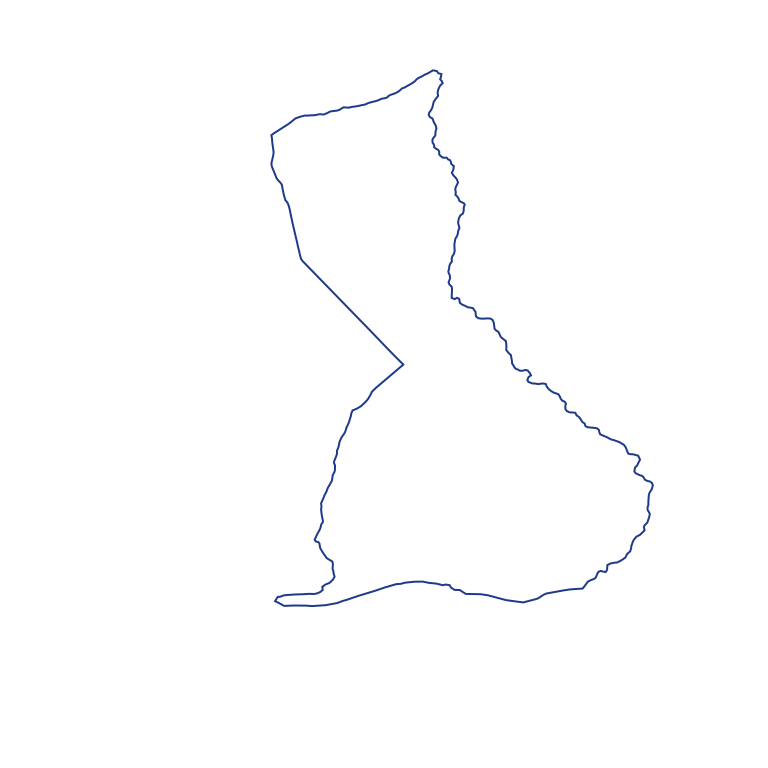 outline of Bataguassu, Mato Grosso do Sul, Brazil, rotated 61°
{"feature_id": "56859067B16136345654597", "entity_name": "Bataguassu", "entity_type": "district", "adm_level": 2, "iso_a3": "BRA", "parent_name": "Brazil", "parent_adm1": "Mato Grosso do Sul", "projection": "equal_earth", "projection_center": [-52.609, -21.865], "detail": "fine", "context": "isolated", "style": "outline", "palette": "blue", "viewbox_px": 768, "rotation_deg": 61, "n_neighbors": 0, "source": "geoboundaries", "source_scale": "gbopen_adm2", "svg_char_len": 6009}
<svg xmlns="http://www.w3.org/2000/svg" viewBox="0 0 768 768"><g transform="rotate(61 384 384)"><path d="M659.2,309.4L657.9,306.4L656.9,304.0L655.7,301.6L655.8,297.9L656.3,295.4L656.1,293.0L654.7,291.0L653.3,289.3L652.3,287.6L652.5,285.1L654.3,283.3L655.9,281.3L654.7,279.0L653.0,277.9L650.7,276.5L650.8,272.8L651.9,269.4L653.1,266.7L653.3,263.4L653.2,260.5L652.8,257.0L650.5,253.8L649.7,249.8L647.4,247.4L645.8,246.4L644.3,244.7L642.8,243.1L641.4,241.1L639.9,237.3L640.0,233.0L639.1,229.8L638.3,227.0L635.1,226.1L633.9,224.5L632.8,220.8L630.5,218.3L628.7,216.3L626.5,214.5L624.3,214.4L622.2,214.5L620.2,213.7L617.9,211.4L614.2,209.3L612.3,208.0L610.3,206.8L608.0,204.7L605.8,200.8L603.0,198.0L600.5,197.6L598.2,198.7L596.3,200.8L594.2,202.2L591.9,202.2L589.8,202.6L588.0,204.3L586.3,205.6L583.9,207.2L581.8,207.4L578.8,205.0L578.0,202.2L575.9,199.2L574.3,196.8L571.8,196.5L570.0,196.5L568.1,198.3L566.1,200.4L564.7,202.8L563.2,204.1L560.9,203.9L559.0,203.6L556.6,203.3L553.4,203.7L550.9,205.2L549.1,206.2L547.1,207.9L545.7,209.1L544.1,210.6L542.0,212.8L540.2,213.7L538.5,214.9L536.0,216.9L532.8,219.3L530.4,219.0L528.4,218.3L525.9,219.3L523.7,222.2L522.2,224.5L520.2,227.2L518.5,228.2L515.7,227.7L513.5,228.9L510.6,229.1L507.8,229.3L504.7,230.8L501.9,230.6L498.6,235.6L496.3,237.2L493.9,237.5L491.6,236.4L489.2,234.3L487.0,234.6L484.9,236.2L482.6,236.6L480.6,236.3L477.6,236.4L475.8,237.9L473.5,240.0L470.5,241.6L467.9,242.5L465.0,242.9L462.4,242.5L460.8,244.4L459.8,246.5L459.0,249.0L457.1,251.3L455.4,254.0L452.3,256.6L450.0,256.7L448.1,254.4L447.7,251.2L444.8,251.2L441.8,251.8L440.4,253.3L439.5,256.5L438.3,258.7L436.4,259.8L434.8,261.2L433.1,261.8L430.7,261.8L428.1,262.0L425.8,260.9L423.3,260.1L420.3,259.0L417.2,260.0L413.6,260.6L411.1,259.1L408.8,257.9L405.7,256.6L399.4,259.1L396.5,258.8L393.7,258.7L391.6,260.0L389.2,260.5L386.2,259.3L383.3,258.2L380.4,258.0L378.3,259.3L376.8,261.6L375.9,263.6L374.3,266.8L372.1,269.7L369.6,270.7L367.6,270.1L365.5,269.0L362.7,269.3L360.9,269.4L359.5,270.9L357.5,273.5L355.2,275.0L352.8,276.9L350.0,278.3L346.0,277.0L344.0,278.4L344.1,280.9L341.5,283.1L338.2,281.1L336.5,280.0L334.0,278.5L331.6,277.6L328.9,278.5L326.5,278.3L323.7,275.1L320.7,273.7L318.4,273.7L316.5,273.0L314.7,271.1L312.9,270.0L311.0,268.0L309.7,265.1L307.3,264.2L305.4,262.3L304.1,259.7L301.8,257.6L299.4,256.5L297.7,255.6L295.7,254.6L293.7,252.9L291.6,251.2L289.8,248.1L288.1,246.4L286.1,244.9L284.1,242.4L281.0,241.6L278.5,240.8L275.8,238.6L273.6,235.6L273.2,232.4L271.1,230.3L268.1,228.5L266.2,226.4L264.4,226.6L262.6,228.0L260.4,229.3L258.3,228.9L255.7,229.0L253.2,229.8L251.0,228.2L248.6,227.4L247.0,226.3L245.8,224.6L243.7,221.6L240.8,221.1L238.4,221.3L235.1,222.2L232.2,222.3L230.4,219.7L227.4,217.3L224.1,218.5L222.1,217.8L220.1,217.8L218.7,219.1L216.5,219.4L214.6,222.8L211.9,224.0L209.8,224.4L207.7,223.1L205.5,223.1L203.2,224.6L201.2,225.3L199.2,224.3L196.5,224.5L193.9,223.3L192.6,221.3L191.6,218.7L189.9,217.6L187.9,216.3L186.2,214.4L184.5,213.8L182.3,213.4L179.4,213.5L177.4,213.2L175.4,212.9L172.8,214.4L170.2,214.4L168.6,212.9L167.1,209.7L165.3,207.3L163.4,205.7L161.3,203.7L159.5,200.1L158.3,197.0L155.0,195.8L152.2,193.2L150.3,190.3L149.3,186.8L146.9,186.6L144.8,187.2L143.1,185.4L140.8,183.5L138.5,185.8L135.9,186.1L133.4,189.1L133.5,193.1L133.5,195.7L133.2,198.2L133.3,201.6L133.1,205.5L133.3,207.8L134.2,210.2L134.5,212.8L134.6,216.6L134.6,219.4L134.7,222.3L134.2,224.8L135.1,228.6L135.3,231.8L135.0,234.1L134.3,238.1L134.3,240.4L134.9,242.5L134.3,245.2L133.3,247.8L133.1,251.2L132.5,254.4L131.5,257.9L130.7,261.4L130.3,265.5L129.3,268.4L128.2,272.2L127.0,275.5L126.0,277.9L125.4,280.5L124.2,282.5L122.4,285.2L122.6,289.7L122.1,292.6L120.5,296.4L119.6,298.9L119.5,302.4L119.1,306.1L117.4,308.5L116.3,310.8L115.7,313.4L114.8,315.3L113.5,317.8L112.5,320.2L110.8,323.1L109.8,327.0L109.2,330.0L108.8,332.9L109.7,337.6L110.3,341.9L111.4,359.4L111.8,361.9L114.9,362.9L119.0,364.8L123.2,366.4L127.6,368.1L129.7,369.5L133.2,372.6L136.2,375.3L137.9,376.2L139.6,376.7L141.5,376.9L144.8,377.3L152.2,378.2L154.5,377.9L157.6,377.0L160.1,376.7L163.2,377.8L166.2,378.7L169.9,379.9L175.3,381.1L178.8,380.5L182.3,381.0L185.8,381.9L192.1,383.9L196.3,385.2L199.1,386.0L212.0,389.7L218.8,391.6L223.8,393.1L225.9,393.6L230.5,395.0L234.6,395.9L237.6,395.5L240.2,394.7L249.9,392.1L261.7,388.9L291.8,380.7L315.1,374.4L330.9,370.1L351.7,364.6L364.6,361.1L376.4,357.7L383.6,393.6L384.9,398.2L387.0,401.2L389.4,405.3L390.7,408.8L391.4,411.6L392.2,414.8L392.4,419.5L391.9,424.3L394.0,427.0L395.9,428.4L397.2,429.9L399.8,432.5L402.1,435.3L403.7,437.7L405.2,439.2L407.0,441.1L408.2,443.0L409.4,445.6L410.5,447.5L411.7,449.2L413.0,450.9L415.4,452.9L417.7,455.1L419.5,457.4L422.4,459.1L424.8,461.8L427.0,464.6L428.6,466.0L431.4,466.3L435.1,468.4L436.9,469.9L438.3,472.2L439.6,473.7L441.3,474.8L443.3,476.4L447.9,483.9L450.2,486.5L452.4,489.9L453.8,491.5L457.9,496.9L460.9,498.1L462.8,499.6L465.0,500.6L467.4,501.6L470.6,502.7L473.3,503.5L475.1,504.3L476.4,507.0L478.0,508.3L480.0,510.5L482.5,514.5L484.0,516.7L486.7,520.2L488.8,519.9L490.4,518.1L492.2,517.8L495.2,518.9L497.1,519.4L498.8,519.3L502.7,519.2L506.0,518.7L508.2,518.6L509.9,517.8L511.9,516.6L514.4,515.2L517.3,516.3L519.2,517.6L520.8,518.6L522.8,518.9L524.5,519.6L526.3,520.2L528.5,520.6L530.4,523.6L531.5,528.0L531.0,532.7L531.5,536.3L534.4,537.4L535.0,540.5L534.8,543.4L534.1,546.3L532.6,548.9L531.0,551.7L528.3,557.4L526.6,560.6L524.9,564.0L521.4,571.4L520.1,574.8L519.7,578.0L518.7,580.1L521.1,584.5L524.6,582.1L529.6,579.0L534.0,570.3L540.1,559.5L543.3,554.7L549.1,542.4L552.9,531.1L553.6,526.0L554.8,520.7L556.9,509.0L560.2,493.7L561.0,489.5L562.3,482.2L565.0,470.2L566.9,466.3L567.9,462.1L571.6,453.4L575.5,446.1L580.1,440.6L583.7,435.3L588.5,430.1L589.3,427.3L591.8,424.1L594.5,424.1L598.2,422.2L601.1,417.4L603.1,416.5L607.3,414.2L614.5,401.7L616.3,399.3L619.2,395.5L632.3,381.9L642.5,368.2L645.6,356.2L646.2,353.1L645.7,346.6L646.0,343.5L651.3,327.8L653.8,321.0L659.2,309.4Z" fill="none" stroke="#1e3a8a" stroke-width="2"/></g></svg>